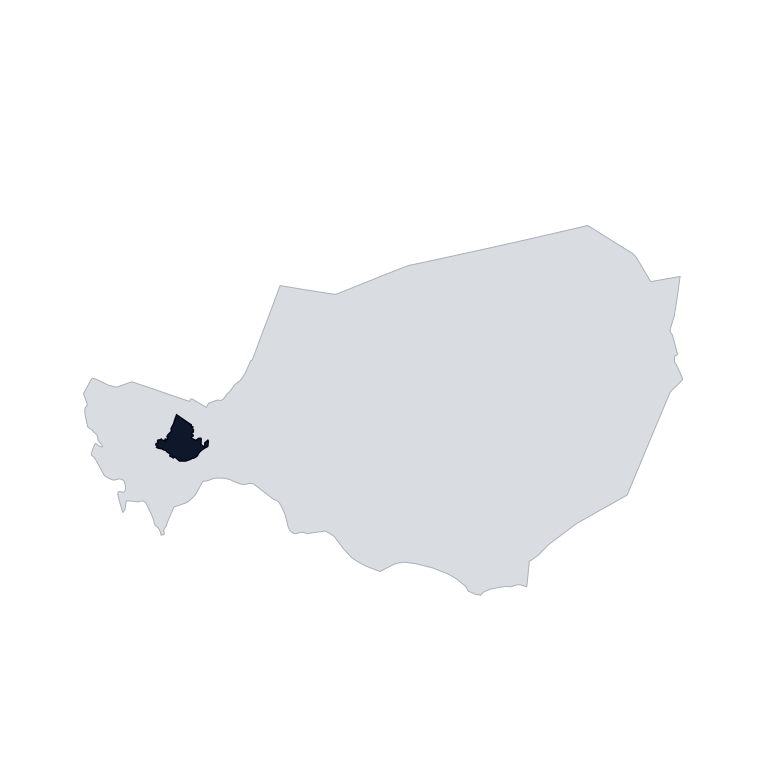 Filingué, Tillabéri, Niger shown in context, rotated 21°
{"feature_id": "23599985B22646074094064", "entity_name": "Filingué", "entity_type": "district", "adm_level": 2, "iso_a3": "NER", "parent_name": "Niger", "parent_adm1": "Tillabéri", "projection": "albers", "projection_center": [3.193, 14.311], "detail": "fine", "context": "in_parent", "style": "filled", "palette": "ink", "viewbox_px": 768, "rotation_deg": 21, "n_neighbors": 0, "source": "geoboundaries", "source_scale": "gbopen_adm2", "svg_char_len": 4264}
<svg xmlns="http://www.w3.org/2000/svg" viewBox="0 0 768 768"><g transform="rotate(21 384 384)"><path d="M590.0,522.2L583.5,522.6L579.9,523.9L575.4,527.7L570.2,529.4L564.0,532.8L560.0,535.5L556.3,537.7L551.3,542.8L549.8,546.6L544.6,547.5L537.3,547.2L532.6,543.6L521.8,540.1L514.8,538.8L511.5,538.4L495.2,538.3L477.9,540.4L469.0,542.5L467.4,542.9L462.5,545.4L458.4,548.2L447.4,560.5L432.4,560.5L423.6,559.4L416.1,557.7L405.3,552.4L392.1,544.1L387.1,543.0L382.6,542.4L381.1,542.6L365.7,551.4L362.7,551.3L359.0,552.3L356.7,554.5L354.9,555.6L353.0,555.8L350.6,555.3L348.1,554.1L345.7,551.7L339.2,542.3L337.8,540.7L335.0,537.9L330.4,533.6L327.2,531.6L325.3,531.1L323.1,531.5L310.6,527.8L298.1,524.0L295.4,524.5L293.4,525.4L289.1,528.4L284.1,528.9L277.6,528.8L274.1,528.4L268.4,529.4L264.6,530.6L259.7,532.6L253.2,538.1L251.4,538.8L249.8,539.7L247.7,554.6L246.0,559.1L242.7,565.0L236.3,570.7L231.9,574.1L231.8,578.7L231.4,586.3L231.4,591.4L231.7,594.8L230.9,596.4L230.6,597.9L230.9,600.1L231.9,601.1L232.6,602.5L232.2,603.6L230.1,605.0L227.7,601.6L224.8,599.2L221.5,598.2L219.3,596.4L218.1,594.0L213.9,589.4L204.1,580.1L203.0,579.9L201.4,579.5L198.6,580.6L196.9,582.1L195.7,582.7L193.9,582.8L189.3,584.0L185.5,585.5L185.4,586.7L187.2,593.7L186.3,597.5L184.6,595.7L179.3,588.6L175.6,583.4L174.9,582.2L174.4,580.4L174.8,579.6L176.2,579.1L179.7,578.4L180.3,577.9L180.5,576.4L180.0,573.7L178.1,570.1L176.1,567.7L175.0,567.2L173.0,567.1L170.8,567.4L166.6,570.4L164.7,570.9L160.4,570.6L156.6,570.0L154.3,568.5L147.4,562.6L139.8,556.3L136.6,555.4L135.9,554.8L135.4,550.0L135.6,544.3L136.0,542.8L139.2,543.8L142.6,544.2L143.7,543.2L141.0,541.1L137.1,539.0L135.7,535.9L134.6,534.8L132.8,533.7L130.9,533.1L128.8,532.2L127.5,531.3L125.2,530.9L122.8,530.2L119.4,525.1L116.1,520.1L114.2,516.3L113.5,513.9L114.6,510.0L113.6,508.4L109.9,504.3L106.9,500.6L107.7,494.8L108.4,490.0L108.5,487.0L109.0,485.3L109.4,483.3L111.5,482.8L116.7,482.9L126.9,483.9L135.1,482.9L135.6,482.8L141.4,477.7L147.8,472.3L157.4,471.9L167.8,471.4L176.0,471.1L187.9,470.8L197.5,470.4L208.6,470.0L208.9,467.5L209.6,466.9L210.7,466.8L218.9,468.2L226.6,469.5L227.1,464.8L233.9,458.9L237.7,457.7L238.6,456.7L239.8,454.7L240.6,451.6L240.9,449.4L242.3,447.6L243.3,444.3L244.7,438.5L248.5,432.3L250.6,424.0L250.9,416.0L251.3,409.9L252.4,408.7L252.3,397.9L252.2,387.0L252.1,377.9L252.1,366.4L252.0,356.4L251.9,345.6L251.8,335.8L251.8,329.4L259.4,327.8L267.3,326.2L278.9,323.8L291.4,321.1L305.1,318.2L308.1,316.5L318.3,307.1L322.9,302.8L332.0,294.3L339.0,287.8L347.9,279.5L357.4,271.0L364.8,264.3L376.7,256.7L394.4,245.1L412.1,233.4L429.8,221.8L447.4,210.1L465.0,198.4L482.5,186.6L500.0,174.8L517.4,163.0L535.5,166.6L552.7,169.9L570.0,173.2L574.1,175.3L583.6,182.8L595.7,192.4L596.2,192.6L596.8,192.6L607.7,186.0L621.9,177.5L626.8,198.4L630.6,216.5L631.4,228.0L631.7,231.1L632.9,233.0L635.8,235.0L647.5,251.2L645.4,254.2L647.3,259.3L650.2,261.4L659.9,270.9L661.1,272.8L660.7,274.4L655.0,286.6L654.1,289.5L653.6,304.6L653.3,315.3L652.8,330.0L652.3,347.5L651.9,362.3L651.3,381.9L650.8,400.5L642.1,411.1L626.4,430.0L613.7,445.3L607.4,455.4L595.1,475.2L589.7,487.9L585.4,494.6L583.2,497.5L585.7,506.5L590.0,522.2Z" fill="#d9dde1" stroke="#a8b0b8" stroke-width="1"/><path d="M193.7,524.3L195.0,524.8L197.5,524.6L199.6,524.1L201.9,524.4L204.4,524.2L206.0,525.3L210.1,526.0L209.7,527.5L210.0,528.0L212.6,528.2L213.8,528.6L215.1,527.0L220.5,529.2L224.6,527.7L226.4,527.0L229.0,524.8L230.2,523.8L231.5,522.1L232.7,521.6L232.9,521.4L234.6,519.4L235.5,517.9L235.6,516.1L236.2,513.6L237.7,510.7L239.7,507.9L241.8,505.5L241.8,505.0L240.4,500.2L239.7,499.6L237.8,503.2L238.4,504.8L238.6,506.6L238.3,507.5L234.8,505.9L233.0,500.9L232.5,500.3L230.2,501.3L229.7,502.7L228.3,504.1L225.3,503.8L223.4,503.2L223.2,501.9L224.5,500.9L223.8,499.9L222.3,499.7L222.1,498.4L223.2,497.1L222.5,495.1L221.1,494.4L221.0,492.6L219.4,492.6L218.6,491.1L216.8,490.8L201.4,487.1L201.5,492.8L201.7,494.7L201.8,496.9L201.2,501.4L201.5,502.7L202.5,504.3L200.6,508.6L200.2,510.8L201.6,512.0L201.7,513.5L199.5,513.7L199.4,514.2L200.4,515.7L196.6,515.8L195.9,515.2L194.8,516.5L193.1,517.3L193.0,518.4L194.1,519.7L194.0,520.4L192.6,521.2L192.8,522.6L194.4,522.6L194.7,523.6L194.2,524.3L193.7,524.3Z" fill="#0f172a" stroke="#020617" stroke-width="1.5"/></g></svg>